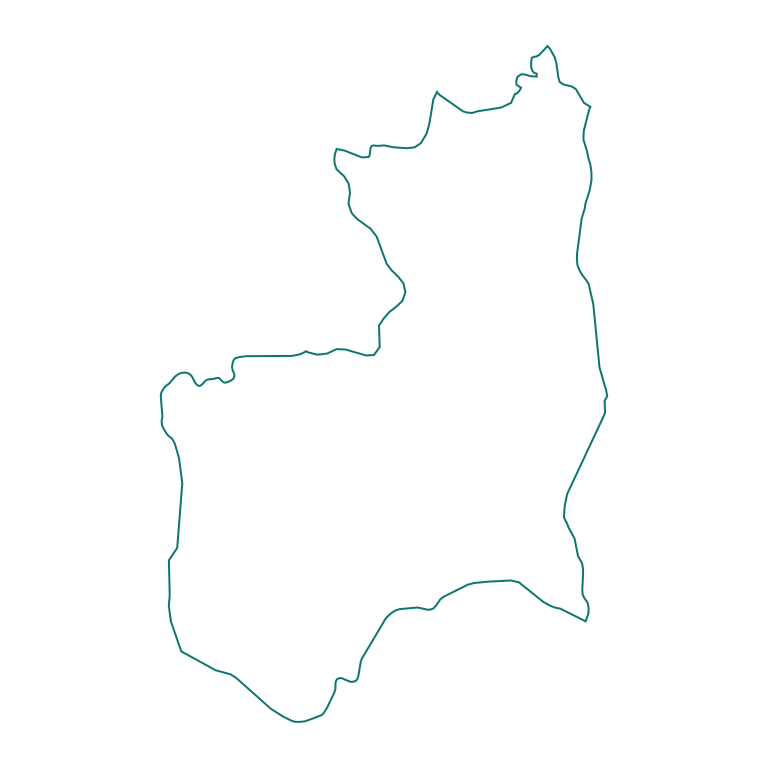 SVG path tracing the border of Stœng Trêng
{"feature_id": "KHM-1792", "entity_name": "Stœng Trêng", "entity_type": "Province", "adm_level": 1, "iso_a3": "KHM", "parent_name": "Cambodia", "parent_adm1": "", "projection": "natural_earth1", "projection_center": [106.102, 13.853], "detail": "fine", "context": "isolated", "style": "outline", "palette": "teal", "viewbox_px": 768, "rotation_deg": 0, "n_neighbors": 0, "source": "natural_earth", "source_scale": "10m", "svg_char_len": 3357}
<svg xmlns="http://www.w3.org/2000/svg" viewBox="0 0 768 768"><path d="M547.5,46.1L549.8,48.5L554.7,57.3L556.3,63.1L558.4,77.6L559.7,82.0L563.1,84.3L572.1,86.6L576.1,89.4L583.9,102.8L590.4,106.9L589.6,108.5L588.9,110.8L584.0,129.9L583.5,135.4L583.5,139.9L586.7,150.0L588.3,157.7L590.3,164.2L591.4,171.9L591.5,180.3L589.6,190.6L585.5,203.4L584.6,209.1L582.4,216.0L581.6,219.1L577.0,254.0L576.9,259.7L577.5,265.3L580.0,271.3L582.7,275.6L585.9,279.6L588.6,283.8L593.3,304.2L599.5,367.4L606.2,390.6L607.2,396.3L604.6,400.9L605.1,411.8L604.4,414.6L567.1,494.2L564.6,506.6L564.0,517.5L565.4,520.6L567.1,523.4L568.3,527.0L574.6,538.7L578.0,556.1L582.0,563.1L582.9,567.9L583.1,572.7L582.3,589.9L582.6,594.3L584.3,598.0L586.8,601.5L587.5,602.8L587.9,604.3L588.3,606.2L588.6,608.3L588.4,613.7L585.6,621.3L560.4,608.7L555.2,607.6L550.3,605.8L543.3,601.9L518.9,582.3L510.9,580.5L488.6,581.6L474.2,583.0L467.7,584.7L445.1,596.0L442.3,597.7L440.3,599.4L436.2,605.3L433.6,608.3L431.1,609.4L428.1,609.8L417.7,607.5L399.8,609.1L396.4,610.1L393.1,611.9L390.8,613.5L386.2,617.7L361.7,658.9L360.8,661.6L358.2,676.6L357.5,678.7L356.7,680.0L355.8,680.7L354.5,681.4L353.1,681.7L351.6,681.9L350.5,681.7L349.5,681.5L343.1,678.8L342.5,678.4L341.4,678.1L339.7,678.1L337.0,679.2L336.0,681.0L335.5,682.8L335.4,689.0L334.3,692.7L327.0,707.9L324.4,712.0L322.4,714.6L321.2,715.3L305.5,721.2L299.9,721.9L295.6,721.9L292.3,721.1L283.5,716.8L271.0,708.9L235.7,677.5L230.6,674.4L215.5,670.2L181.3,651.4L170.9,621.4L168.8,606.0L169.7,595.2L168.9,560.3L177.2,547.9L182.3,483.2L179.0,458.2L174.9,443.9L173.3,440.7L172.0,438.6L170.9,437.6L169.7,436.9L168.1,435.5L166.4,433.3L163.5,428.6L162.2,425.7L161.7,423.3L161.6,421.5L162.4,416.3L160.8,396.6L161.0,393.6L161.7,391.9L162.6,390.2L164.1,387.9L166.6,385.4L168.9,383.7L169.9,382.7L175.1,376.6L177.6,374.7L178.8,374.0L180.0,373.4L181.2,373.0L184.3,372.5L185.9,372.7L187.4,373.0L188.9,373.7L190.0,374.5L191.1,375.5L192.0,376.6L195.3,382.9L196.2,384.0L197.1,385.0L198.3,385.7L199.8,385.9L200.9,385.3L202.2,384.3L205.2,380.9L206.8,379.9L208.5,379.4L213.4,378.9L216.1,378.1L217.5,377.9L218.9,378.1L220.0,378.9L221.9,381.0L222.9,381.8L224.0,382.5L225.4,382.6L226.8,382.4L230.5,380.8L233.2,378.9L234.2,377.1L234.5,375.3L233.6,372.3L232.9,371.1L232.4,369.1L232.0,366.8L232.8,362.0L233.9,359.9L235.0,358.4L236.4,357.9L239.3,357.1L245.8,356.2L291.9,355.9L299.6,354.4L303.6,352.7L306.0,351.2L307.6,352.2L317.3,354.7L327.0,353.6L336.7,349.1L345.9,349.6L366.2,355.5L374.0,355.0L379.7,347.0L379.0,325.5L383.7,318.5L389.4,312.0L396.4,306.6L402.5,300.7L405.4,292.2L403.5,283.5L398.3,276.8L392.0,270.7L386.7,263.9L376.7,236.7L370.6,228.8L357.2,219.1L351.8,213.2L348.5,204.0L350.0,192.6L348.7,183.8L344.3,176.5L336.7,169.4L334.8,164.5L334.3,159.3L334.9,154.0L336.7,149.0L344.6,150.6L361.9,157.4L368.6,157.0L369.7,154.9L370.6,147.6L371.8,145.8L373.8,145.5L378.0,145.9L384.1,145.4L393.5,147.3L407.2,148.2L414.7,147.3L421.0,143.0L426.7,133.4L429.4,123.5L433.3,99.7L437.0,91.9L439.3,94.7L463.1,111.4L466.9,112.5L472.2,113.0L477.4,111.3L480.0,110.9L501.0,107.6L511.0,102.9L515.0,93.9L516.6,93.6L519.4,90.9L521.1,87.7L516.6,84.9L516.2,81.8L516.9,78.5L517.7,76.6L521.4,74.2L525.7,74.7L530.6,76.2L536.7,76.6L536.7,73.7L533.8,72.6L532.1,70.3L531.2,67.0L531.1,62.6L531.7,58.1L533.7,56.8L536.2,56.6L539.1,55.0L547.5,46.1Z" fill="none" stroke="#0f766e" stroke-width="2"/></svg>